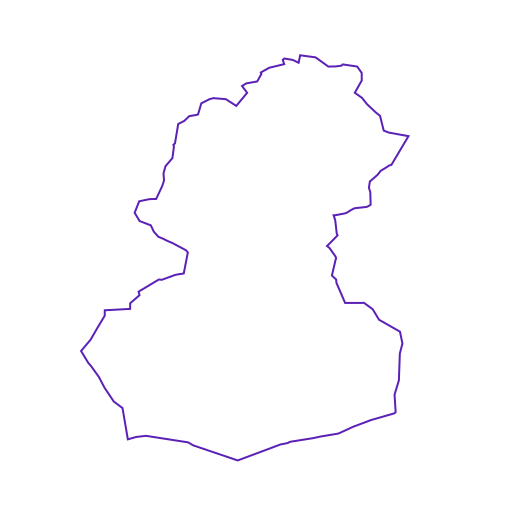 Gboko, Benue, Nigeria (Robinson projection), rotated 278°
{"feature_id": "59680162B69095881694103", "entity_name": "Gboko", "entity_type": "district", "adm_level": 2, "iso_a3": "NGA", "parent_name": "Nigeria", "parent_adm1": "Benue", "projection": "robinson", "projection_center": [8.956, 7.369], "detail": "fine", "context": "isolated", "style": "outline", "palette": "violet", "viewbox_px": 512, "rotation_deg": 278, "n_neighbors": 0, "source": "geoboundaries", "source_scale": "gbopen_adm2", "svg_char_len": 1890}
<svg xmlns="http://www.w3.org/2000/svg" viewBox="0 0 512 512"><g transform="rotate(278 256 256)"><path d="M395.9,390.3L396.7,370.3L398.0,365.0L412.1,359.3L414.8,354.7L421.8,344.8L425.1,341.3L427.3,339.1L431.4,331.1L444.5,336.3L452.0,335.2L457.7,329.8L457.8,315.2L456.4,314.2L454.7,308.1L453.7,301.2L461.0,287.3L460.9,271.8L453.3,271.3L455.3,265.1L455.5,256.6L454.0,255.2L449.9,257.2L444.2,242.8L438.4,235.2L437.0,236.0L429.0,232.9L425.6,222.4L422.4,218.5L416.4,224.5L401.9,215.6L402.0,215.4L407.1,204.3L406.4,191.8L404.8,188.1L399.6,180.6L388.2,178.9L387.6,177.9L385.2,170.4L379.9,166.3L375.9,160.6L356.2,160.1L354.6,158.7L353.2,159.5L341.3,159.6L332.4,153.9L325.1,152.9L318.0,154.4L312.6,153.5L298.6,149.2L297.5,142.6L293.9,132.7L281.9,129.8L274.4,135.9L271.7,147.6L265.9,151.4L261.4,156.7L260.0,162.3L259.3,164.0L258.1,168.0L257.3,171.2L252.0,185.7L250.1,188.0L228.7,186.9L228.6,186.7L226.6,180.2L225.6,177.8L219.3,166.0L219.2,163.1L204.4,144.7L201.0,146.1L191.7,138.0L186.1,138.7L181.2,113.8L175.8,114.5L161.9,108.6L150.2,103.9L137.6,96.0L126.8,104.8L124.0,108.0L114.4,117.2L104.4,124.4L92.1,135.4L86.8,145.0L56.6,154.6L60.1,162.5L62.6,172.0L62.0,214.7L59.7,220.3L51.0,266.3L72.8,306.5L75.3,313.7L76.4,314.9L77.0,316.4L83.7,338.3L86.1,344.7L91.6,362.2L100.5,376.1L109.6,392.8L119.5,415.0L120.9,416.0L138.0,412.5L152.7,414.8L179.5,412.0L189.7,413.2L201.1,409.1L210.0,386.7L219.5,379.0L224.6,369.5L221.9,350.8L240.6,339.4L243.9,338.6L247.2,333.9L263.9,335.4L264.8,335.7L266.6,334.8L274.2,327.6L275.8,324.9L278.3,326.9L287.8,333.9L289.6,332.8L302.4,329.5L307.1,327.2L307.4,328.8L309.5,335.0L310.3,337.4L311.2,339.5L314.4,343.3L316.7,346.4L317.2,347.6L318.1,351.2L319.5,356.8L319.9,358.3L320.3,359.3L321.0,360.3L322.7,362.4L335.0,360.3L339.4,358.3L345.7,358.4L353.2,365.0L357.7,367.6L362.1,373.0L364.1,375.2L365.1,377.4L395.9,390.3Z" fill="none" stroke="#5b21b6" stroke-width="2"/></g></svg>